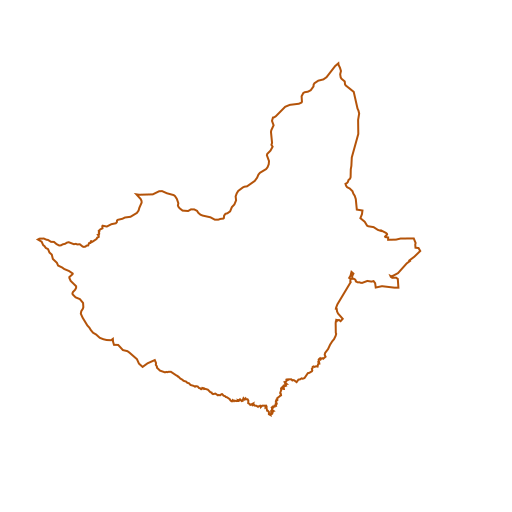 Sotaquirá, Boyacá, Colombia, rotated 325°
{"feature_id": "7082276B24848534982684", "entity_name": "Sotaquirá", "entity_type": "district", "adm_level": 2, "iso_a3": "COL", "parent_name": "Colombia", "parent_adm1": "Boyacá", "projection": "mercator", "projection_center": [-73.263, 5.785], "detail": "fine", "context": "isolated", "style": "outline", "palette": "amber", "viewbox_px": 512, "rotation_deg": 325, "n_neighbors": 0, "source": "geoboundaries", "source_scale": "gbopen_adm2", "svg_char_len": 6107}
<svg xmlns="http://www.w3.org/2000/svg" viewBox="0 0 512 512"><g transform="rotate(325 256 256)"><path d="M223.8,383.3L225.7,383.8L231.3,381.7L232.7,382.3L235.7,382.5L236.5,382.0L237.0,380.5L237.9,380.3L238.9,379.3L239.9,379.5L240.3,380.4L242.0,380.8L243.0,381.9L244.7,380.3L245.7,380.4L246.3,378.4L246.6,378.3L246.8,379.1L247.8,376.9L248.5,376.6L249.8,376.5L249.7,377.8L250.8,377.4L252.0,378.0L252.1,378.7L255.2,378.4L255.6,376.3L257.1,375.0L261.6,373.6L265.9,371.1L269.5,369.6L272.2,368.9L275.4,367.1L277.0,365.8L277.3,364.7L282.8,356.6L284.0,355.3L284.5,355.6L285.2,354.4L286.1,355.3L285.8,355.6L287.3,356.0L287.9,357.9L291.0,357.2L290.2,350.2L290.6,347.9L291.8,345.5L291.2,345.0L291.8,344.4L294.9,342.3L318.6,331.7L318.6,331.0L320.4,328.8L319.8,327.4L322.2,326.3L325.1,323.8L325.7,326.3L323.3,327.6L321.8,329.9L323.0,330.7L323.6,331.9L323.7,333.2L323.2,334.1L324.2,335.9L325.7,336.9L326.3,337.9L327.5,338.9L332.9,340.3L335.9,343.2L337.9,344.0L338.0,346.6L336.0,350.5L341.9,353.0L351.3,361.4L354.5,363.6L359.0,356.1L358.3,354.1L355.1,352.0L354.5,350.4L354.7,349.5L355.0,350.1L357.0,350.8L362.5,351.5L375.2,348.5L379.2,348.4L379.1,347.6L385.3,347.4L393.4,346.1L393.7,342.7L391.4,340.7L392.9,338.1L394.2,336.9L395.3,332.1L384.4,324.6L380.1,322.9L373.5,318.5L374.9,316.6L372.8,314.7L372.9,314.1L375.7,313.6L376.0,312.9L375.7,311.6L373.2,306.9L372.8,307.2L370.8,304.5L368.9,299.8L365.0,296.0L364.4,294.9L364.7,290.3L363.2,284.9L366.8,282.5L369.3,279.8L365.2,275.8L370.4,266.6L371.4,263.3L371.5,260.8L372.2,258.2L371.5,254.5L370.1,251.9L370.1,250.0L370.7,248.2L372.4,248.4L373.6,248.1L375.4,246.8L377.4,246.6L378.7,245.7L383.4,239.3L385.8,236.9L391.0,230.2L409.8,214.7L417.7,203.1L422.2,198.5L423.3,195.7L423.7,193.5L430.2,177.6L427.3,167.7L427.4,166.4L428.8,163.9L427.7,159.9L427.8,158.3L429.2,155.4L431.7,153.2L432.8,149.8L433.2,146.9L434.0,145.4L429.8,145.8L416.3,150.0L412.5,150.0L407.6,148.1L403.0,148.0L401.6,148.6L400.3,150.1L395.9,151.6L392.8,151.2L389.9,149.8L388.3,149.6L385.0,151.3L382.1,156.0L381.3,156.4L378.5,155.9L370.4,151.6L365.5,150.5L352.3,152.9L350.4,152.8L349.3,152.3L346.6,154.5L345.4,159.0L340.6,161.8L339.4,163.0L334.0,172.6L332.4,173.8L332.3,176.0L328.3,178.0L323.8,178.8L322.7,179.7L321.1,185.7L319.1,188.1L316.4,189.9L314.2,190.6L307.0,190.1L304.7,190.7L301.8,192.5L298.0,193.8L288.6,193.8L286.3,192.6L284.6,192.3L278.8,192.5L276.2,193.6L273.5,195.5L271.6,199.0L267.8,201.4L264.3,202.1L260.4,204.6L257.0,204.6L255.2,203.9L253.1,204.6L251.4,206.5L250.7,206.6L248.1,205.2L245.9,204.6L243.1,202.6L240.9,198.2L235.5,192.3L234.2,190.3L233.5,187.6L233.6,185.2L232.1,182.4L229.5,180.5L226.2,180.2L221.9,176.7L220.8,173.1L220.7,171.0L221.1,169.7L222.6,168.3L223.1,166.7L223.9,163.9L224.0,160.4L223.5,158.9L219.0,153.5L216.3,149.0L213.8,147.4L206.8,146.3L195.4,138.8L193.4,136.9L194.2,143.3L193.8,145.3L192.9,146.7L188.1,149.6L185.9,151.4L183.1,152.4L175.7,151.9L170.7,149.3L168.0,148.9L163.5,147.1L162.5,147.2L161.4,148.5L159.9,148.8L155.8,147.0L150.7,146.3L147.7,143.2L147.2,143.4L146.1,145.3L143.9,144.9L141.7,145.2L141.6,146.2L140.9,146.3L140.3,147.9L139.7,148.2L138.7,147.9L138.7,149.4L138.0,150.2L136.4,149.9L135.5,150.5L134.4,150.6L130.3,150.5L129.5,150.4L129.6,149.4L129.2,149.2L127.7,150.3L126.6,149.7L124.6,151.1L123.1,150.3L121.7,150.5L120.2,149.8L119.4,148.8L118.4,145.3L116.2,144.0L115.4,142.7L113.6,141.9L110.5,137.3L108.8,136.6L106.6,136.5L104.4,135.6L102.3,135.4L100.8,134.5L99.4,131.8L98.6,128.6L96.2,126.8L94.8,123.5L93.7,122.5L92.2,120.0L88.6,117.6L86.8,117.4L88.6,121.3L87.9,125.1L88.4,126.4L88.4,128.8L89.6,131.1L88.8,134.7L89.5,137.7L87.9,141.9L89.0,147.3L88.4,150.3L90.6,154.2L91.4,156.6L94.2,161.0L95.8,165.2L95.3,165.7L91.0,166.2L90.5,167.0L89.9,170.1L91.3,177.6L90.4,178.9L88.5,179.9L85.4,180.5L84.2,181.3L83.8,182.3L84.5,186.4L87.0,190.3L87.4,195.3L85.2,198.9L83.9,199.9L81.2,201.0L79.4,202.8L78.6,207.0L78.0,216.2L78.4,219.1L78.2,221.9L78.5,225.4L80.0,228.6L81.1,233.4L83.2,236.6L85.4,239.1L89.0,241.9L91.2,241.8L89.8,244.1L88.7,247.3L92.1,249.8L93.0,256.7L96.1,260.2L96.9,262.5L99.3,272.2L98.4,277.0L99.5,281.8L105.6,281.7L113.4,283.2L112.7,286.4L111.5,287.7L111.5,289.6L110.8,290.7L111.6,294.8L114.7,299.1L116.0,299.5L116.7,300.3L117.9,300.7L119.9,302.1L122.5,308.8L123.0,309.2L122.9,310.2L123.4,310.9L123.6,312.7L124.8,315.3L125.0,316.6L126.7,318.8L127.0,320.5L128.1,321.8L128.4,324.1L130.5,326.7L131.1,328.1L132.1,328.1L133.4,329.5L133.6,331.5L134.3,332.2L134.6,333.6L135.1,333.9L136.3,333.2L137.5,334.5L137.2,335.2L138.2,335.7L139.9,337.9L140.5,341.4L141.3,342.4L141.1,343.3L141.6,344.5L143.8,345.4L144.9,348.3L145.7,348.4L146.7,349.5L148.5,349.4L149.1,349.8L149.3,351.8L150.3,353.2L150.4,354.2L151.2,355.1L152.4,358.3L152.2,359.4L152.6,360.9L153.0,361.3L154.3,360.7L154.7,362.3L155.5,362.2L156.5,363.4L158.6,364.8L159.1,364.8L159.0,364.0L159.4,364.4L160.7,364.2L161.1,366.7L161.8,366.9L161.9,366.3L163.1,366.5L163.0,366.1L164.2,365.3L164.4,367.0L165.7,366.7L165.5,367.6L166.9,368.5L166.8,370.0L165.2,372.1L165.9,373.6L165.9,374.7L168.5,375.1L167.4,375.6L167.5,376.3L169.1,376.5L169.0,377.7L170.4,378.9L171.1,380.6L171.5,380.4L172.6,381.0L173.6,381.0L173.9,381.6L173.4,382.5L175.3,382.2L178.5,384.4L178.3,385.2L177.5,384.7L176.9,385.5L177.4,385.5L177.4,386.6L176.4,389.1L176.9,389.5L177.1,391.2L175.8,393.0L176.6,394.6L176.9,393.8L177.3,394.3L178.8,394.5L179.7,393.8L178.5,393.2L179.1,392.3L179.5,393.3L180.8,392.8L181.5,393.0L181.1,391.8L180.9,392.3L180.1,391.9L181.4,390.4L182.9,390.0L182.4,389.1L183.4,389.0L183.5,389.7L184.2,389.4L184.9,390.0L185.5,389.4L186.0,389.8L186.0,389.4L186.7,389.7L187.4,388.5L187.9,389.1L188.3,388.9L188.9,386.4L190.0,385.7L190.1,386.3L190.7,386.4L192.0,384.6L195.2,384.5L195.6,384.2L196.6,384.5L197.3,383.1L197.2,382.1L199.7,380.3L200.6,378.8L202.3,378.5L202.0,380.4L202.6,380.9L203.2,379.7L203.0,378.9L204.2,378.1L204.6,379.0L206.2,379.5L206.4,378.6L205.8,378.6L206.5,377.5L207.7,378.3L207.2,375.7L208.7,376.0L209.8,375.7L210.0,375.0L210.8,375.6L211.0,375.1L214.2,377.3L214.4,378.8L215.2,378.9L216.0,379.8L216.9,382.6L219.9,381.6L221.2,382.3L223.2,382.4L223.8,383.3Z" fill="none" stroke="#b45309" stroke-width="2"/></g></svg>